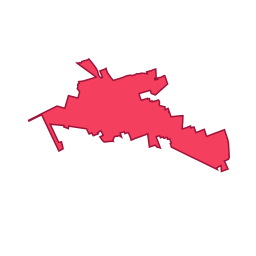 Maxcanú, Yucatán, Mexico, rotated 334°
{"feature_id": "50627088B53037445853541", "entity_name": "Maxcanú", "entity_type": "district", "adm_level": 2, "iso_a3": "MEX", "parent_name": "Mexico", "parent_adm1": "Yucatán", "projection": "albers", "projection_center": [-90.068, 20.597], "detail": "fine", "context": "isolated", "style": "filled", "palette": "rose", "viewbox_px": 256, "rotation_deg": 334, "n_neighbors": 0, "source": "geoboundaries", "source_scale": "gbopen_adm2", "svg_char_len": 5025}
<svg xmlns="http://www.w3.org/2000/svg" viewBox="0 0 256 256"><g transform="rotate(334 128 128)"><path d="M42.0,78.3L56.2,78.3L55.8,118.4L57.0,118.4L60.5,118.2L61.3,115.6L62.1,111.2L59.4,110.6L59.7,90.5L60.8,91.2L62.3,92.1L71.6,97.7L70.8,98.9L74.1,102.4L75.5,100.3L90.3,110.5L90.4,116.4L91.3,116.4L93.3,116.5L93.3,118.2L93.4,119.7L98.7,120.2L98.7,119.9L98.7,119.5L98.6,118.9L100.1,118.8L101.0,118.7L102.5,118.6L102.5,119.0L102.5,119.5L102.5,120.6L102.5,121.8L102.5,122.6L102.5,123.7L101.8,123.7L100.9,123.7L99.8,123.6L98.9,123.6L99.0,124.4L99.1,125.0L99.3,126.2L99.4,127.2L99.6,127.8L99.7,128.3L99.9,128.8L100.1,129.3L100.4,130.1L101.4,130.5L102.7,131.0L108.2,133.0L108.4,133.1L108.5,133.3L108.8,133.5L108.7,133.0L109.3,132.5L109.4,132.4L109.5,132.2L109.9,131.6L110.1,131.5L110.2,131.4L110.8,130.9L111.2,130.5L111.5,130.3L111.8,130.1L112.3,129.7L112.9,130.0L113.3,130.1L113.6,130.3L113.8,130.3L114.4,130.6L114.8,130.7L115.2,130.8L115.7,130.8L116.2,130.9L116.6,130.9L116.8,130.9L117.1,131.4L117.2,131.7L117.7,132.6L117.8,132.7L118.1,133.1L118.2,133.3L118.3,132.7L118.4,131.8L118.6,130.6L118.7,129.1L120.2,129.3L121.2,129.4L122.0,129.5L123.0,129.6L122.9,131.4L122.8,131.7L123.1,131.7L124.4,131.8L124.7,131.9L125.5,132.2L126.2,132.4L126.3,133.5L126.2,134.3L126.1,135.7L126.1,135.8L126.1,136.4L126.0,137.0L125.8,138.3L125.8,138.8L125.7,138.9L125.7,139.4L125.6,140.0L125.5,140.3L126.1,140.4L126.3,140.4L126.5,140.4L127.2,140.4L127.4,140.4L127.8,140.5L128.2,140.5L128.4,140.4L128.6,140.5L128.8,140.5L129.0,140.4L129.3,140.4L129.5,140.4L129.9,140.5L130.1,140.5L130.3,140.5L130.6,140.6L131.2,140.7L131.3,140.7L131.8,140.7L132.5,140.8L132.8,140.8L133.1,140.8L133.4,140.9L138.1,141.4L143.2,141.9L142.8,142.8L142.7,143.1L140.0,151.2L139.7,152.1L138.9,154.5L139.0,154.5L144.1,155.2L144.9,155.3L145.3,156.4L145.4,157.2L145.8,158.1L146.2,158.4L146.7,158.6L147.6,159.4L148.3,160.1L149.0,153.0L149.1,151.9L149.1,151.2L149.6,148.1L153.1,148.8L152.9,150.2L153.0,150.2L152.9,151.0L155.6,151.3L155.5,152.3L155.9,152.4L155.9,153.0L157.2,153.3L157.5,153.0L159.2,153.8L158.5,155.4L160.9,156.4L160.4,158.2L160.3,158.4L160.6,160.0L160.1,160.4L160.0,160.7L159.5,160.6L159.2,160.5L158.9,162.4L158.9,162.5L158.6,164.2L158.8,164.4L169.8,178.6L175.0,185.2L176.1,186.5L181.9,194.0L188.1,201.9L190.1,204.5L190.2,202.8L195.2,202.4L192.9,208.0L199.9,208.7L200.2,199.8L201.1,200.0L203.6,200.1L204.4,200.1L204.5,200.2L204.8,200.0L204.9,199.7L205.1,199.7L206.2,198.6L211.5,186.0L211.6,185.8L212.0,184.3L212.6,182.0L212.9,179.7L213.2,177.4L213.5,175.0L213.9,172.1L214.0,171.8L195.0,170.0L195.1,168.6L195.4,167.0L195.4,166.6L195.6,165.5L195.7,164.3L195.9,163.5L196.0,162.6L194.8,162.5L193.5,162.4L192.3,162.3L191.2,162.2L190.0,162.2L189.2,162.2L188.1,162.0L187.5,162.0L187.1,162.0L187.3,159.9L187.8,156.0L184.4,155.3L185.1,153.6L182.2,153.4L181.4,153.4L180.8,153.3L180.2,153.3L179.4,153.1L178.4,153.0L176.3,152.7L178.5,148.7L178.9,148.0L179.3,147.5L182.8,141.0L181.9,140.6L171.6,136.7L171.9,134.2L172.0,133.2L172.2,132.2L171.9,132.1L171.7,132.1L171.4,131.9L171.4,131.7L171.5,131.3L171.8,131.0L171.9,130.7L172.3,130.7L172.4,130.1L172.6,127.9L169.3,127.9L170.5,125.2L169.6,124.5L169.3,124.3L166.7,122.1L166.3,121.9L166.4,120.6L167.7,118.7L167.8,116.2L166.8,116.0L163.2,115.6L163.3,115.4L162.2,115.2L161.3,115.0L161.5,114.1L159.5,113.7L159.6,113.2L160.1,111.0L158.5,110.8L158.6,109.9L154.2,109.2L152.0,108.8L152.4,104.7L152.5,104.3L153.2,101.9L164.5,103.9L164.1,107.1L167.0,110.3L182.9,105.8L184.0,97.0L182.7,96.7L182.5,96.8L181.8,96.8L181.7,96.9L179.8,96.9L177.6,96.2L176.5,96.1L176.2,97.2L175.9,97.0L174.4,96.9L173.2,96.3L173.7,95.1L175.1,95.7L177.2,90.9L178.8,87.2L177.0,86.8L174.1,86.6L171.8,86.2L169.4,85.7L169.2,87.7L166.7,86.0L166.1,85.7L164.7,85.0L164.4,84.7L163.4,84.4L162.5,84.4L162.1,84.2L161.1,83.8L159.9,83.1L158.6,83.1L157.6,83.3L154.4,82.6L154.2,82.1L153.5,81.9L152.7,81.3L150.7,80.8L149.0,80.5L146.9,80.3L145.6,80.3L135.6,78.8L135.3,77.4L134.6,74.8L133.8,69.2L134.0,66.9L134.4,64.8L133.6,64.9L131.3,64.8L127.8,64.4L127.2,71.3L125.6,71.1L124.6,67.8L125.7,63.4L125.4,59.5L124.4,54.3L123.1,48.8L122.5,49.0L122.2,48.9L121.9,49.2L120.8,48.9L115.6,48.0L114.8,48.9L110.6,47.3L121.7,68.2L121.4,68.2L120.6,68.1L120.2,68.0L119.9,68.0L119.1,67.9L117.9,67.7L116.8,67.5L116.0,67.4L115.4,67.3L114.8,67.2L114.6,67.2L114.0,67.1L113.6,67.0L112.7,66.9L111.7,66.7L110.7,66.5L110.2,66.4L109.7,66.4L108.1,66.1L107.9,66.0L107.6,65.9L107.3,65.8L106.7,65.6L106.0,65.4L105.3,65.1L104.2,64.7L103.9,64.7L103.9,65.1L103.9,65.4L103.8,65.9L103.8,66.3L103.7,66.3L103.6,66.5L103.3,66.5L103.0,66.5L102.7,66.5L102.4,66.6L102.2,66.6L102.0,66.8L101.8,67.0L101.7,67.3L101.6,67.5L101.4,68.0L101.3,68.3L101.1,68.7L101.0,68.9L100.7,69.4L100.5,69.7L100.3,69.9L100.1,70.2L99.8,70.4L99.6,70.5L99.7,71.0L100.1,72.2L100.1,72.3L100.2,72.5L100.2,73.1L100.2,73.8L100.2,74.3L100.2,74.5L99.9,74.9L99.3,75.6L96.0,79.2L94.8,78.0L88.7,72.8L79.8,82.6L74.7,77.9L74.1,77.4L73.9,77.2L57.0,77.3L56.2,77.3L53.0,77.4L48.2,77.5L42.1,77.5L42.0,78.3Z" fill="#f43f5e" stroke="#9f1239" stroke-width="1.5"/></g></svg>